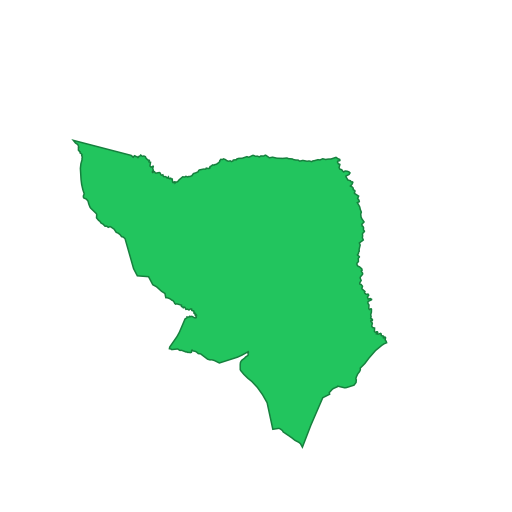 Sigor, Rift Valley, Kenya, rotated 331°
{"feature_id": "3690345B8359999090101", "entity_name": "Sigor", "entity_type": "district", "adm_level": 2, "iso_a3": "KEN", "parent_name": "Kenya", "parent_adm1": "Rift Valley", "projection": "orthographic", "projection_center": [35.563, 1.576], "detail": "fine", "context": "isolated", "style": "filled", "palette": "green", "viewbox_px": 512, "rotation_deg": 331, "n_neighbors": 0, "source": "geoboundaries", "source_scale": "gbopen_adm2", "svg_char_len": 6151}
<svg xmlns="http://www.w3.org/2000/svg" viewBox="0 0 512 512"><g transform="rotate(331 256 256)"><path d="M163.5,276.6L152.1,285.5L148.0,288.1L136.4,293.8L135.3,295.1L136.5,296.1L136.9,297.0L142.4,299.3L143.6,301.6L145.3,302.5L148.3,306.1L148.9,306.2L149.6,307.3L150.9,307.9L151.5,308.6L152.8,308.9L154.0,307.3L154.5,307.3L154.8,308.4L156.5,309.8L157.4,311.0L158.2,313.4L160.1,314.7L163.6,322.7L165.2,324.4L167.1,325.4L168.9,327.2L172.1,331.8L190.7,335.5L195.8,335.9L202.8,335.9L202.7,336.5L201.9,337.0L201.5,338.3L200.7,339.1L197.8,339.3L196.6,339.8L193.0,340.3L191.6,341.0L190.6,341.8L189.5,343.4L187.1,347.8L187.1,348.9L188.0,353.7L189.6,359.0L191.5,363.6L193.5,371.6L194.5,380.5L194.6,389.7L186.7,415.7L192.4,417.8L193.3,418.8L194.5,421.5L194.5,423.1L199.1,432.2L200.7,436.1L203.1,439.7L203.9,441.6L203.9,445.7L221.8,430.7L245.7,412.3L253.4,412.6L253.8,411.0L258.0,409.6L259.5,409.4L263.8,409.8L264.4,409.5L269.7,414.3L271.2,414.9L279.1,416.5L282.2,415.1L283.7,412.9L283.8,411.8L284.9,410.6L287.9,408.4L290.5,407.3L292.1,406.1L292.8,404.6L299.1,402.8L305.6,399.9L314.8,396.6L322.9,395.1L325.6,394.9L328.2,395.2L328.5,393.7L328.3,391.9L329.7,390.3L329.7,389.7L329.2,389.4L328.0,389.6L327.7,389.2L328.7,388.5L328.6,387.8L327.0,386.4L327.7,384.7L327.5,384.1L324.7,383.5L323.7,382.5L325.3,382.0L325.5,381.7L325.4,381.1L324.7,380.7L323.7,380.9L323.1,379.8L323.0,379.4L324.8,376.5L323.4,375.2L323.1,373.5L325.1,371.3L325.2,370.8L324.7,368.8L325.0,368.3L325.9,368.0L326.4,368.8L326.9,368.4L326.9,367.3L326.1,366.0L327.3,364.8L327.8,363.0L329.7,361.1L331.2,358.5L331.1,358.0L330.6,357.8L329.3,357.8L329.2,356.5L331.1,353.6L330.9,351.9L331.4,350.8L331.7,350.3L332.4,350.1L335.8,350.3L336.1,349.9L335.3,348.6L333.8,348.3L333.3,348.0L333.6,345.9L335.6,344.9L335.5,343.6L333.7,342.9L333.1,341.1L333.4,340.2L334.1,339.8L332.8,336.3L332.9,335.6L334.5,334.1L334.1,331.8L333.4,331.2L333.2,330.7L333.7,329.8L336.1,328.4L336.4,325.8L336.7,325.3L337.6,324.7L340.3,323.7L340.9,322.8L340.7,320.5L341.0,320.0L341.9,319.9L342.3,318.5L341.3,315.7L340.2,314.3L340.1,312.5L340.7,311.3L342.9,310.5L344.3,307.6L345.9,307.0L346.1,306.6L345.2,304.4L345.4,304.0L346.6,303.7L347.7,302.3L348.6,301.9L349.4,300.2L352.4,296.9L352.7,294.7L357.6,294.0L357.9,291.5L359.0,290.2L359.7,288.4L360.8,287.7L362.6,287.2L362.9,286.8L362.6,285.2L363.8,283.4L363.9,282.0L363.4,281.5L363.9,279.6L367.0,278.6L366.6,274.7L366.8,272.8L367.9,270.1L369.4,268.7L369.8,265.7L370.5,263.4L370.5,258.4L372.5,258.6L372.8,258.4L373.1,256.9L372.8,254.9L374.8,253.4L372.5,249.0L372.6,248.5L373.7,247.7L374.1,247.0L374.1,246.5L373.2,245.1L373.9,243.7L373.7,242.6L373.3,241.7L372.4,240.7L372.7,240.3L373.9,240.2L375.1,239.6L376.4,238.5L376.4,238.0L375.2,237.3L375.1,236.0L373.2,234.1L373.1,230.2L373.3,229.7L376.9,229.8L378.5,228.9L378.1,227.5L377.0,226.2L375.4,225.0L374.5,224.8L373.5,225.0L372.9,223.6L372.8,222.0L371.5,220.9L371.5,218.9L373.7,216.7L373.7,216.2L372.7,215.6L372.8,213.3L373.4,212.7L375.5,213.2L375.9,212.9L376.0,212.0L375.0,210.9L373.8,208.5L368.5,207.5L366.3,206.3L363.6,205.3L361.5,203.3L358.5,203.0L356.9,201.8L353.1,200.9L352.0,200.4L350.5,200.5L348.5,198.6L346.6,197.9L343.3,195.1L340.2,194.2L339.3,192.5L337.4,191.4L335.5,189.8L334.8,188.7L331.5,186.5L330.6,185.3L326.7,183.6L323.7,181.8L321.7,180.6L318.4,177.6L315.3,176.6L313.5,172.8L313.0,172.3L311.1,172.3L308.7,170.8L307.0,171.0L305.7,169.4L303.8,168.5L302.7,166.9L301.8,166.4L298.0,166.2L297.4,166.0L296.2,164.7L291.2,163.8L288.4,162.3L286.4,161.8L285.5,162.3L283.1,161.2L282.5,161.1L281.8,161.7L280.3,161.5L279.6,160.3L277.7,159.7L276.4,158.0L276.2,157.1L274.7,155.3L273.7,155.4L272.0,154.4L271.5,154.8L270.7,154.9L270.0,155.8L268.2,156.4L267.1,156.3L266.0,156.7L264.5,156.1L263.3,156.2L262.5,155.4L261.9,155.3L260.8,155.6L259.2,155.5L258.4,156.1L258.5,156.6L257.9,156.8L256.7,156.4L255.1,155.0L254.2,155.6L253.8,155.5L252.4,154.6L248.3,153.3L247.3,153.4L246.2,154.3L242.8,154.0L242.0,153.6L240.2,153.9L239.1,154.7L236.9,154.5L235.6,153.8L234.6,153.8L233.3,152.3L231.9,152.4L230.3,151.2L225.7,152.1L223.5,153.0L222.6,152.9L221.6,152.3L221.1,152.8L220.6,152.9L221.0,152.0L220.7,151.6L220.1,151.5L219.6,151.8L219.1,151.7L218.9,151.1L219.6,149.0L220.1,148.1L219.2,147.5L219.2,146.7L218.5,146.3L217.9,146.5L217.2,145.6L217.7,144.4L216.3,144.8L215.9,144.4L215.9,143.6L215.0,142.4L213.9,142.0L213.6,141.5L213.9,139.8L212.7,139.6L212.3,139.1L212.3,136.5L211.9,136.1L208.6,135.0L208.2,134.5L208.1,133.0L207.8,132.7L206.2,133.0L206.0,132.6L206.5,131.8L207.7,131.3L208.2,129.2L209.5,128.0L209.5,127.5L207.3,127.5L206.9,125.8L209.2,122.9L208.0,121.7L208.4,121.1L209.0,120.8L208.9,120.3L208.4,120.1L207.8,119.2L207.2,116.8L207.4,115.6L207.0,114.9L206.3,114.1L205.4,114.0L204.9,113.7L204.1,111.8L202.9,112.3L201.8,112.1L200.8,112.8L200.3,112.6L200.1,111.4L198.9,110.6L198.8,109.8L198.4,109.4L196.5,110.2L196.2,109.7L196.4,109.1L195.6,108.1L195.6,107.5L152.3,66.3L152.9,69.7L154.1,72.0L154.1,73.1L153.6,75.1L153.1,75.2L152.7,76.2L152.0,77.2L152.3,78.2L152.2,78.7L152.7,79.7L152.1,80.5L152.8,81.9L152.9,83.1L152.2,83.7L152.1,85.3L151.3,86.0L150.4,87.6L147.6,90.4L144.9,94.2L140.0,104.4L138.2,108.9L136.7,114.1L136.0,117.9L135.6,118.6L134.2,119.7L133.6,120.7L133.5,121.7L135.2,124.0L135.7,126.6L135.0,129.2L134.5,132.7L134.6,134.0L136.9,141.5L136.8,142.5L135.0,145.3L135.6,148.6L136.3,150.0L136.4,151.9L137.7,154.1L138.4,156.8L139.9,157.5L140.7,159.3L142.6,159.5L143.2,160.3L144.9,163.7L145.2,167.5L146.4,169.0L147.5,171.4L147.8,173.9L149.1,175.1L149.9,177.3L142.8,207.7L142.6,215.8L152.0,222.0L151.8,231.1L154.1,234.7L156.3,241.1L158.2,244.6L156.9,248.7L158.0,249.4L159.0,250.4L160.2,252.0L161.0,253.9L161.7,254.6L162.1,256.9L161.9,258.0L162.4,259.2L163.5,259.4L167.0,262.9L166.4,263.6L166.4,264.1L167.3,265.4L167.3,266.0L168.2,265.8L168.9,266.5L168.8,268.7L170.2,269.2L171.2,270.7L173.3,270.6L174.0,271.3L173.5,272.3L173.7,272.9L174.8,273.7L174.9,274.2L174.1,275.8L174.7,276.1L174.4,276.6L175.0,277.5L175.2,278.6L174.2,278.3L174.3,280.4L173.9,280.9L173.3,280.9L172.2,280.1L170.9,278.0L170.5,277.6L169.4,277.4L168.9,276.6L167.8,276.9L166.1,275.9L166.0,276.3L165.4,276.6L163.5,276.6Z" fill="#22c55e" stroke="#15803d" stroke-width="1.5"/></g></svg>